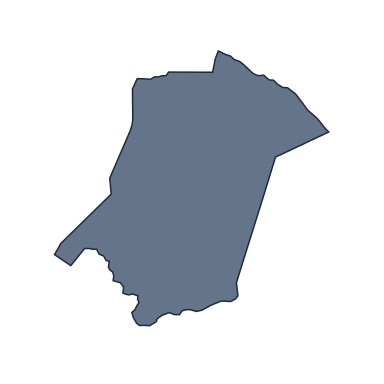 São Fernando, Rio Grande do Norte, Brazil (Albers equal-area conic projection), rotated 196°
{"feature_id": "56859067B56455685528650", "entity_name": "São Fernando", "entity_type": "district", "adm_level": 2, "iso_a3": "BRA", "parent_name": "Brazil", "parent_adm1": "Rio Grande do Norte", "projection": "albers", "projection_center": [-37.147, -6.315], "detail": "fine", "context": "isolated", "style": "filled", "palette": "slate", "viewbox_px": 384, "rotation_deg": 196, "n_neighbors": 0, "source": "geoboundaries", "source_scale": "gbopen_adm2", "svg_char_len": 1314}
<svg xmlns="http://www.w3.org/2000/svg" viewBox="0 0 384 384"><g transform="rotate(196 192 192)"><path d="M306.9,93.9L288.2,87.8L279.7,108.0L275.5,109.3L270.8,109.7L268.0,110.7L264.3,106.7L259.3,106.1L255.6,102.4L252.5,102.6L251.6,96.8L249.5,94.4L246.2,93.2L244.1,89.8L243.4,85.0L235.9,85.0L231.6,81.8L230.5,75.7L224.7,75.6L220.7,77.6L215.2,77.2L214.9,74.1L212.5,71.0L213.7,67.3L214.5,62.9L216.7,59.6L213.8,55.2L209.0,50.5L205.7,49.2L201.0,50.7L196.0,51.7L190.6,57.4L190.4,60.8L186.5,65.5L180.6,69.8L175.3,69.3L170.3,70.6L168.6,75.2L164.3,77.6L161.1,78.4L154.8,78.4L149.9,81.1L142.4,88.5L137.1,92.7L133.7,95.3L124.6,97.4L120.8,101.1L119.2,104.8L124.3,117.1L123.6,148.5L122.4,196.4L122.1,208.8L121.5,241.5L121.3,248.6L77.1,287.4L80.9,289.5L83.6,291.3L88.6,295.0L92.1,297.3L96.0,299.2L103.1,302.4L112.0,309.3L119.3,314.7L128.8,318.5L133.7,317.5L139.8,319.3L144.5,322.0L148.7,321.0L152.1,322.5L155.2,324.1L159.9,322.2L163.4,322.3L166.4,322.9L177.9,328.9L182.1,330.6L188.0,331.0L192.5,333.3L197.9,333.5L205.6,334.8L206.3,326.4L205.2,312.8L247.6,300.8L248.9,296.7L252.4,295.7L256.2,293.3L259.9,292.3L263.1,288.8L269.3,287.6L275.9,285.9L277.6,274.7L274.8,265.1L268.9,245.4L268.1,239.7L268.3,233.7L274.9,182.6L269.1,167.7L301.2,111.2L303.9,106.3L306.9,93.9Z" fill="#64748b" stroke="#1e293b" stroke-width="1.5"/></g></svg>